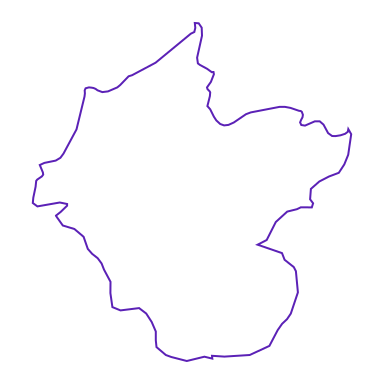 outline of Louang Namtha
{"feature_id": "LAO-3272", "entity_name": "Louang Namtha", "entity_type": "Province", "adm_level": 1, "iso_a3": "LAO", "parent_name": "Laos", "parent_adm1": "", "projection": "mercator", "projection_center": [101.159, 20.926], "detail": "fine", "context": "isolated", "style": "outline", "palette": "violet", "viewbox_px": 384, "rotation_deg": 0, "n_neighbors": 0, "source": "natural_earth", "source_scale": "10m", "svg_char_len": 1769}
<svg xmlns="http://www.w3.org/2000/svg" viewBox="0 0 384 384"><path d="M194.8,23.0L198.7,23.3L201.7,27.7L202.0,35.7L197.1,57.7L197.9,63.4L199.9,64.9L207.1,68.8L211.8,72.2L212.9,72.0L213.5,72.0L213.9,74.2L210.9,81.9L207.0,87.4L207.5,89.1L209.7,91.4L210.2,92.4L209.9,96.1L207.4,106.1L210.2,109.3L213.9,116.7L216.3,120.4L220.2,124.0L224.1,125.4L228.5,124.9L233.8,122.5L246.0,114.2L250.8,112.4L279.4,106.9L285.1,106.9L290.5,107.9L299.0,110.8L300.7,111.0L301.8,111.8L302.9,114.8L302.5,117.3L301.1,119.9L300.1,122.4L301.3,125.0L305.0,125.6L314.9,121.3L319.7,121.3L323.5,124.6L328.1,133.1L332.1,136.0L335.5,136.1L340.5,135.3L345.1,133.8L347.8,131.8L348.3,129.1L351.2,134.2L348.2,154.8L344.3,164.4L338.8,172.8L329.0,176.5L319.3,181.5L310.9,188.9L310.1,199.3L313.1,203.3L311.8,207.4L300.9,207.3L296.9,209.2L287.2,211.6L275.8,222.0L266.7,240.0L257.6,244.7L282.0,253.1L284.6,259.8L293.8,267.1L295.9,271.2L297.9,292.4L290.8,313.6L287.0,319.2L282.1,323.8L277.7,330.1L269.4,345.9L249.7,355.0L224.4,356.6L212.0,355.8L212.3,358.6L204.4,356.7L186.8,361.0L171.3,357.0L165.8,355.0L156.5,347.1L155.8,340.3L155.8,331.5L151.7,322.0L146.2,313.5L139.1,308.1L120.5,310.4L112.4,307.1L110.4,293.1L110.5,281.8L104.0,269.6L101.6,263.5L97.7,258.2L92.2,253.9L87.8,248.9L83.6,236.8L74.4,229.0L62.8,225.5L56.2,216.2L56.0,215.6L60.7,211.9L67.1,205.7L67.1,204.0L59.8,202.5L37.4,206.4L32.8,203.0L33.3,197.7L35.6,186.7L36.2,180.9L37.2,179.6L41.9,176.4L43.2,174.6L42.9,172.5L39.8,165.0L44.4,162.9L55.7,160.6L60.4,157.8L63.5,153.6L76.5,129.4L84.5,96.6L84.9,93.4L84.7,90.4L85.6,88.3L88.9,87.4L91.2,87.6L93.5,88.0L95.6,88.9L97.5,90.3L102.3,92.1L108.0,91.4L117.3,87.4L120.1,85.1L128.6,76.3L132.1,75.2L155.6,62.7L190.8,33.7L194.3,32.0L195.3,27.9L194.8,23.0Z" fill="none" stroke="#5b21b6" stroke-width="2"/></svg>